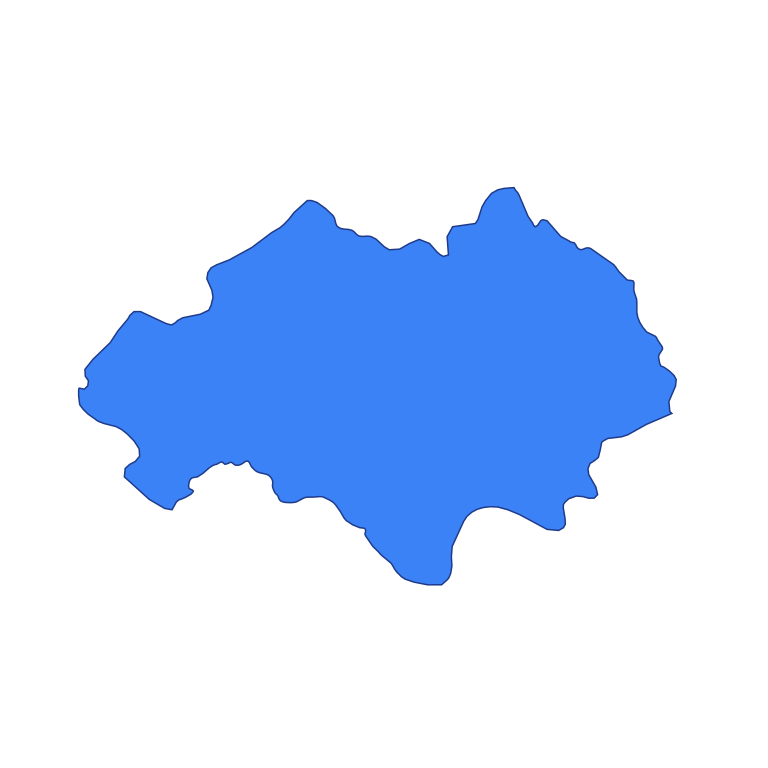 SVG path tracing the border of Cuanza Norte, rotated 224°
{"feature_id": "AGO-1878", "entity_name": "Cuanza Norte", "entity_type": "Province", "adm_level": 1, "iso_a3": "AGO", "parent_name": "Angola", "parent_adm1": "", "projection": "albers", "projection_center": [14.948, -8.858], "detail": "fine", "context": "isolated", "style": "filled", "palette": "blue", "viewbox_px": 768, "rotation_deg": 224, "n_neighbors": 0, "source": "natural_earth", "source_scale": "10m", "svg_char_len": 3843}
<svg xmlns="http://www.w3.org/2000/svg" viewBox="0 0 768 768"><g transform="rotate(224 384 384)"><path d="M506.2,136.8L511.5,143.5L511.1,149.5L509.1,155.5L509.6,162.3L515.1,167.3L524.0,169.4L533.7,169.7L541.2,169.0L547.3,167.2L558.1,161.0L563.8,158.6L575.8,156.8L582.4,156.8L587.9,157.6L589.2,158.3L595.6,163.5L599.5,167.6L600.4,169.0L600.1,169.5L596.0,172.1L595.8,176.9L598.8,181.0L604.3,182.1L609.3,186.8L610.5,199.8L610.1,211.3L609.7,223.6L612.3,237.5L613.4,252.6L614.5,257.1L614.1,262.4L609.5,266.9L582.8,276.1L577.9,278.8L576.7,282.8L576.5,286.5L574.8,291.8L564.6,306.6L561.3,315.5L563.2,320.8L567.2,327.6L572.8,331.8L584.6,336.7L588.1,341.8L589.1,347.4L587.2,353.5L581.6,365.6L573.9,390.3L570.0,414.8L567.4,424.1L566.9,428.9L566.9,436.5L567.8,444.9L566.6,462.7L563.8,465.4L562.0,466.4L558.2,468.1L547.9,469.6L537.5,469.7L534.7,468.8L529.8,465.8L527.2,464.9L523.6,465.6L520.3,467.7L517.1,470.4L513.9,472.3L511.6,472.7L507.0,472.6L504.8,473.1L502.4,474.8L498.4,479.1L496.0,480.9L490.4,482.7L479.1,482.9L473.5,484.2L466.5,491.8L463.3,502.7L459.1,512.5L449.0,516.7L437.6,515.8L433.6,516.0L429.9,517.0L427.3,521.6L440.9,533.8L443.9,544.8L437.5,553.0L429.8,562.9L430.6,567.5L436.5,579.5L438.3,586.6L439.1,595.8L437.0,602.8L433.5,608.1L426.9,615.6L424.4,614.8L420.7,614.5L418.1,613.7L396.9,604.7L389.1,603.1L386.5,602.1L384.5,602.1L383.7,604.7L384.7,610.4L383.8,612.6L380.1,614.7L359.4,612.9L349.8,615.6L348.5,615.7L345.3,617.7L342.6,617.3L339.9,616.3L336.9,616.6L335.0,618.1L333.1,622.2L331.5,624.0L329.5,625.0L301.6,629.4L298.7,629.1L293.2,628.0L283.4,627.8L281.7,627.7L280.1,628.5L278.2,630.1L276.3,631.2L274.4,630.4L270.0,625.5L268.1,624.1L261.3,620.5L259.1,618.6L251.9,611.2L247.9,608.3L242.8,606.0L237.1,604.5L231.0,603.9L222.0,606.8L220.1,606.7L218.3,605.9L209.4,603.9L207.8,602.5L206.5,596.2L205.7,594.8L205.1,594.0L200.1,590.4L197.5,589.3L194.1,590.6L187.8,591.6L181.2,591.6L176.9,590.2L172.9,585.1L166.9,569.3L159.2,562.7L156.5,562.8L167.2,537.2L173.4,516.7L176.5,510.9L185.2,500.3L186.7,495.4L186.9,493.2L182.6,486.7L178.8,480.1L179.3,475.5L180.6,469.9L178.4,464.7L173.7,461.0L159.9,457.0L153.5,452.8L153.5,448.0L157.2,444.2L162.7,441.2L167.9,436.9L171.4,429.8L171.7,424.7L171.2,421.9L169.2,419.6L160.2,412.9L156.1,409.0L155.1,405.3L156.6,400.0L165.7,392.7L195.9,384.2L207.5,379.6L216.5,374.7L222.1,369.8L226.6,364.4L229.9,358.7L231.8,352.8L232.4,346.6L231.3,340.6L222.1,314.5L215.6,306.6L208.7,300.2L204.6,294.3L202.8,289.9L202.5,287.6L203.1,279.6L213.2,269.8L224.8,262.3L233.3,258.3L237.5,257.5L244.4,257.6L247.6,258.2L253.3,259.8L254.7,260.0L266.2,259.1L268.5,259.1L271.6,259.4L278.5,259.4L280.1,259.6L291.0,261.8L292.3,262.2L293.4,262.8L293.9,263.5L295.1,265.6L296.5,266.5L297.7,266.6L298.8,266.0L301.6,263.8L308.6,261.0L316.2,259.5L319.8,259.9L326.3,261.8L334.7,263.4L338.1,263.6L342.3,262.8L349.4,260.4L350.6,259.6L352.3,258.1L353.0,257.2L357.2,252.6L360.8,249.2L362.4,246.5L365.2,238.2L366.9,235.8L369.0,233.5L372.8,230.2L375.1,228.8L377.1,228.1L378.6,228.1L379.9,228.5L382.3,229.7L383.9,230.0L385.9,229.9L387.5,230.2L390.1,231.2L392.5,232.5L393.5,233.3L394.4,234.3L395.1,235.4L396.1,236.3L397.4,237.2L399.1,237.9L402.0,238.3L403.9,238.1L406.0,237.3L412.0,233.7L414.4,232.7L416.6,232.3L421.6,232.4L423.1,232.8L426.0,233.9L428.0,234.1L429.1,233.4L429.8,232.2L430.8,227.6L431.4,226.0L432.3,224.5L434.1,222.7L435.8,222.0L438.2,222.0L439.5,221.4L440.3,220.7L440.8,218.9L442.5,215.9L443.0,215.7L444.2,215.6L445.5,215.6L446.6,215.1L447.4,213.9L448.5,210.2L449.4,208.9L450.5,206.6L451.4,202.9L452.2,194.0L453.6,187.7L455.4,185.3L456.9,183.1L457.0,181.4L456.7,179.4L454.8,176.2L453.4,174.6L452.0,173.6L450.7,173.7L448.2,174.6L446.9,174.6L446.3,173.1L446.4,170.4L448.1,164.5L450.2,159.6L451.0,158.5L451.4,154.8L449.1,146.3L455.4,142.1L472.7,137.9L501.5,137.0L506.2,136.8Z" fill="#3b82f6" stroke="#1e3a8a" stroke-width="1.5"/></g></svg>